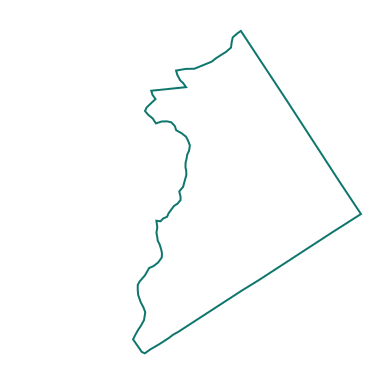 Maripá, Paraná, Brazil (Mercator projection), rotated 57°
{"feature_id": "56859067B39999283934615", "entity_name": "Maripá", "entity_type": "district", "adm_level": 2, "iso_a3": "BRA", "parent_name": "Brazil", "parent_adm1": "Paraná", "projection": "mercator", "projection_center": [-53.816, -24.473], "detail": "fine", "context": "isolated", "style": "outline", "palette": "teal", "viewbox_px": 384, "rotation_deg": 57, "n_neighbors": 0, "source": "geoboundaries", "source_scale": "gbopen_adm2", "svg_char_len": 1294}
<svg xmlns="http://www.w3.org/2000/svg" viewBox="0 0 384 384"><g transform="rotate(57 192 192)"><path d="M302.3,183.0L302.2,96.3L302.5,62.3L262.1,62.7L233.8,62.7L202.6,62.7L165.6,62.7L83.5,63.3L83.7,67.8L84.5,73.6L87.7,76.9L92.1,80.6L93.0,87.1L92.9,93.6L92.9,99.2L93.4,104.5L89.9,122.9L85.3,130.3L81.5,139.2L85.6,140.5L92.0,141.1L95.8,140.1L100.8,139.9L84.9,171.0L88.8,172.2L94.2,172.0L95.1,177.1L96.4,184.0L98.5,187.3L103.4,186.7L108.9,184.9L114.8,184.9L116.4,178.9L119.3,174.3L122.3,171.4L127.3,170.5L131.6,171.6L137.1,168.7L142.4,166.9L146.5,167.3L151.7,168.4L155.6,171.8L158.1,175.7L161.1,178.4L164.0,181.5L167.9,184.1L171.1,185.3L174.8,187.6L178.2,191.5L180.5,194.1L182.8,196.6L184.6,202.4L189.6,204.1L192.5,206.0L193.9,210.5L193.9,214.7L195.3,218.5L197.1,223.2L199.2,226.4L198.5,230.5L199.4,234.4L196.7,237.5L203.0,240.5L206.7,244.0L210.9,245.7L214.2,247.3L218.4,247.7L223.9,249.3L227.3,250.7L230.5,253.1L232.7,258.9L233.2,264.7L232.4,269.3L234.3,273.0L236.3,276.9L238.6,284.9L240.4,288.1L244.5,290.8L249.0,293.2L256.7,295.1L261.9,295.5L267.4,296.7L273.3,302.0L276.5,308.0L278.0,311.7L280.6,316.7L283.5,321.7L298.9,321.2L301.6,319.4L301.3,312.3L301.8,302.7L301.8,290.6L301.4,285.9L301.8,279.2L301.8,224.4L301.8,204.3L302.3,183.0Z" fill="none" stroke="#0f766e" stroke-width="2"/></g></svg>